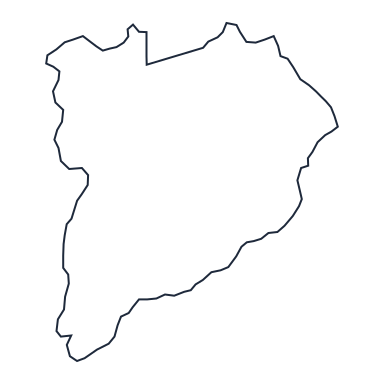 São José da Vitória, Bahia, Brazil (Robinson projection)
{"feature_id": "56859067B6740167587731", "entity_name": "São José da Vitória", "entity_type": "district", "adm_level": 2, "iso_a3": "BRA", "parent_name": "Brazil", "parent_adm1": "Bahia", "projection": "robinson", "projection_center": [-39.357, -15.083], "detail": "fine", "context": "isolated", "style": "outline", "palette": "slate", "viewbox_px": 384, "rotation_deg": 0, "n_neighbors": 0, "source": "geoboundaries", "source_scale": "gbopen_adm2", "svg_char_len": 1467}
<svg xmlns="http://www.w3.org/2000/svg" viewBox="0 0 384 384"><path d="M228.3,267.1L236.2,256.4L241.5,246.7L246.8,242.3L253.7,241.1L261.2,238.8L268.4,233.0L277.4,232.0L284.5,225.8L292.8,216.0L299.0,206.2L301.8,199.1L299.8,190.4L297.4,180.3L301.1,168.0L308.2,165.7L307.9,158.2L312.4,152.0L317.6,142.2L325.2,135.1L331.4,131.6L337.8,126.7L334.5,116.1L331.0,107.3L325.9,101.3L320.7,96.2L316.1,91.5L309.0,85.2L300.3,79.2L293.2,67.1L287.6,58.7L280.5,56.1L278.1,45.9L273.7,36.1L264.7,39.6L255.7,42.6L246.4,41.9L239.9,31.8L236.5,25.0L226.5,23.0L222.8,32.1L217.6,37.3L208.3,41.6L203.1,47.8L146.7,64.7L146.5,56.4L146.5,32.1L139.0,31.8L133.0,24.6L127.6,29.3L128.3,36.5L123.7,42.6L116.5,47.1L109.7,48.6L102.8,50.6L96.3,46.3L90.5,41.9L82.9,36.1L73.0,39.6L64.7,42.3L56.4,49.4L47.4,55.3L46.2,63.5L53.3,66.7L59.4,71.4L58.5,80.0L53.0,91.3L55.4,102.5L63.2,109.9L62.0,121.8L57.2,129.9L54.4,139.7L58.5,148.0L60.9,161.0L69.2,169.0L81.9,168.0L88.1,175.1L87.7,185.0L81.8,194.1L77.1,200.7L74.3,209.7L71.5,218.7L66.7,224.2L64.7,235.3L63.6,244.0L63.2,255.6L63.2,267.9L68.2,274.5L68.8,283.6L65.1,296.7L64.0,309.5L57.9,319.3L56.5,331.1L60.9,336.6L71.2,335.5L66.8,344.9L69.9,356.2L77.0,361.0L84.6,358.2L90.4,354.2L97.0,349.6L108.7,343.7L114.5,336.6L117.6,325.3L121.0,316.6L128.7,313.0L132.7,307.2L139.0,299.4L147.2,299.4L156.4,298.5L165.0,294.5L174.2,295.7L184.2,291.8L190.8,290.2L195.6,284.4L202.8,280.0L211.4,272.2L220.6,270.3L228.3,267.1Z" fill="none" stroke="#1e293b" stroke-width="2"/></svg>